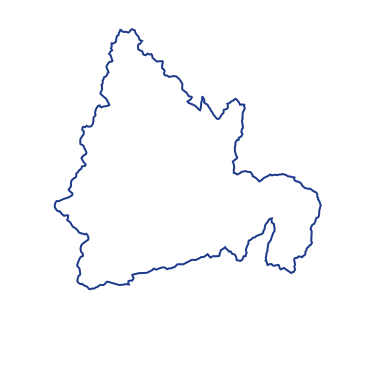 outline of Ambo, Huánuco, Peru, rotated 202°
{"feature_id": "86281439B62958263432420", "entity_name": "Ambo", "entity_type": "district", "adm_level": 2, "iso_a3": "PER", "parent_name": "Peru", "parent_adm1": "Huánuco", "projection": "albers", "projection_center": [-76.249, -10.223], "detail": "fine", "context": "isolated", "style": "outline", "palette": "blue", "viewbox_px": 384, "rotation_deg": 202, "n_neighbors": 0, "source": "geoboundaries", "source_scale": "gbopen_adm2", "svg_char_len": 6041}
<svg xmlns="http://www.w3.org/2000/svg" viewBox="0 0 384 384"><g transform="rotate(202 192 192)"><path d="M264.7,66.1L263.0,65.2L261.8,64.9L260.5,65.0L259.6,65.7L257.4,65.0L253.8,64.9L251.2,63.6L250.1,63.5L249.0,64.8L246.9,65.6L246.4,66.0L245.4,67.6L244.2,68.4L243.8,69.4L242.0,71.7L239.5,72.4L238.5,73.6L237.5,76.6L237.1,76.9L236.3,77.3L224.7,78.5L221.1,80.2L219.8,81.4L215.9,82.7L217.1,83.9L217.5,85.6L216.4,86.6L214.6,87.2L213.9,88.6L213.8,89.9L214.0,90.5L215.4,91.4L216.3,92.9L211.1,96.7L203.5,100.2L199.4,104.9L199.0,106.3L198.6,106.7L196.0,106.6L192.9,109.8L190.1,111.6L188.2,111.7L186.1,111.1L184.8,112.5L182.9,113.4L180.7,115.5L180.0,115.8L178.5,119.4L175.6,120.8L173.1,121.6L166.7,129.1L163.2,130.3L160.3,133.3L159.4,134.8L156.5,136.4L154.2,140.2L150.5,138.1L148.2,140.6L146.0,141.2L142.8,142.9L142.7,143.4L143.1,144.3L143.4,149.1L141.7,151.1L140.6,153.3L139.2,152.2L137.1,151.6L135.4,150.6L134.0,151.4L131.6,149.8L129.1,150.0L128.2,149.6L126.4,147.9L125.1,145.6L121.3,146.2L120.0,148.2L120.0,151.8L118.3,152.6L118.6,154.2L118.5,156.1L120.0,157.8L120.5,159.2L120.6,162.2L120.4,165.1L121.1,167.1L121.1,168.3L119.9,169.2L118.3,172.4L116.6,173.6L115.9,175.2L111.1,179.8L110.8,181.2L111.2,182.6L110.8,184.4L111.7,188.6L111.3,190.8L110.6,192.2L110.7,193.0L110.1,195.8L109.7,196.4L108.0,197.4L107.9,196.0L106.8,194.0L105.6,193.3L103.8,192.9L103.3,191.3L101.8,189.6L101.4,187.8L100.9,187.1L101.4,183.8L101.0,176.9L102.0,172.9L100.4,166.5L100.0,166.1L99.9,162.4L99.2,160.6L99.1,159.1L98.1,156.9L98.1,156.0L97.2,155.9L94.7,152.6L92.6,154.5L91.2,154.9L89.5,154.2L88.6,154.2L84.8,156.7L83.8,156.5L82.3,154.4L80.9,153.5L79.9,154.1L79.2,155.3L78.2,156.0L70.0,154.1L69.3,154.3L68.7,155.5L67.7,156.1L67.4,158.8L69.2,161.1L69.2,163.4L71.7,167.0L72.1,168.5L71.4,169.5L69.5,170.6L69.5,171.6L69.0,172.2L67.8,172.6L65.4,172.8L65.1,174.1L63.8,175.9L63.7,176.9L64.5,179.4L64.1,180.8L64.5,182.7L63.6,184.4L62.9,186.7L62.1,187.2L61.7,189.9L63.1,191.2L66.3,200.4L68.2,202.1L68.4,205.8L67.9,207.0L66.9,208.1L66.6,211.2L67.0,212.9L66.8,214.8L65.7,215.6L65.4,216.4L65.5,218.2L67.0,222.3L67.7,228.0L70.8,231.5L72.3,232.3L72.7,233.6L74.0,234.3L74.9,236.5L76.3,238.0L80.3,238.4L83.5,239.3L85.7,238.5L89.0,238.0L92.0,239.1L94.1,240.8L96.0,241.4L96.6,241.1L98.0,241.4L99.3,240.9L101.2,241.3L101.8,241.7L102.5,243.1L102.4,243.8L103.9,243.6L104.3,243.3L106.0,243.3L109.1,242.5L111.5,243.1L112.4,242.7L114.0,242.8L114.9,242.6L115.9,241.6L118.3,240.5L119.6,239.4L121.6,239.1L124.2,237.3L125.6,237.6L126.5,237.1L126.7,236.3L130.0,232.7L130.9,231.5L131.5,229.9L133.5,227.0L137.5,228.8L140.4,229.4L140.8,229.2L142.1,229.7L142.6,230.9L145.4,232.4L147.8,231.6L150.1,231.4L151.4,230.8L153.8,229.0L153.9,228.2L156.6,225.2L159.6,225.7L160.4,225.4L161.6,228.2L161.8,230.2L163.2,232.7L165.6,235.6L163.0,240.0L163.1,241.2L164.8,242.4L167.6,246.1L169.2,250.0L169.3,251.9L170.3,254.0L169.7,257.1L168.4,257.6L168.4,258.6L169.0,259.7L167.2,261.8L166.9,264.3L167.4,265.2L168.8,266.2L169.2,269.1L168.8,270.8L172.5,277.0L172.5,279.2L173.1,279.8L174.7,284.8L174.3,288.7L174.9,290.2L176.0,291.1L176.2,292.4L177.6,292.3L180.0,290.9L182.8,293.2L186.0,294.7L186.8,294.5L187.8,292.6L189.5,290.7L190.8,288.3L192.3,287.1L191.4,286.0L190.4,283.7L190.5,282.9L190.7,282.3L193.3,280.0L192.4,276.9L193.3,275.5L194.1,270.7L195.1,269.3L196.6,269.4L201.3,271.9L203.1,273.6L204.4,274.1L206.8,276.3L208.4,277.1L210.1,278.6L211.4,279.0L212.8,279.0L214.5,279.8L214.6,281.1L215.1,282.1L217.6,284.1L218.0,284.1L218.1,283.7L217.1,281.0L217.0,278.8L215.3,273.0L215.2,270.8L216.5,271.0L219.3,272.4L221.5,273.1L224.0,273.4L228.5,273.3L230.1,274.2L227.9,277.4L227.6,279.8L228.9,280.0L231.1,279.7L234.2,282.0L239.0,283.3L240.0,284.4L241.2,288.1L241.8,289.0L246.0,291.9L248.7,292.9L250.0,293.2L252.3,292.7L256.4,290.1L258.5,290.7L260.0,290.1L261.3,290.3L262.4,291.4L262.7,293.9L264.3,295.3L265.7,295.4L266.3,295.9L267.4,299.2L267.6,301.5L268.1,302.1L268.5,302.2L273.7,299.8L278.9,301.7L280.3,304.0L281.4,304.6L282.7,303.6L285.1,303.7L286.1,301.5L287.3,301.3L288.6,301.3L290.6,303.6L291.3,303.9L294.9,303.9L295.8,305.0L297.0,307.5L296.7,309.2L295.7,309.9L294.9,313.4L296.9,313.3L297.9,313.6L299.7,315.9L302.8,317.5L304.4,318.8L305.6,320.4L308.3,320.5L309.3,319.9L309.9,317.2L310.8,315.9L312.9,315.9L315.3,314.8L316.7,314.9L317.9,315.5L319.2,315.5L319.0,314.1L319.4,312.1L318.9,309.8L319.8,308.9L320.0,307.7L318.9,302.6L320.5,300.3L322.3,299.6L321.0,296.9L320.8,294.7L319.1,293.4L320.2,291.9L320.6,289.0L318.7,288.3L314.8,283.6L315.4,282.7L316.3,282.4L317.6,281.0L318.4,277.3L318.2,276.1L317.4,274.9L314.2,271.8L314.9,270.3L314.6,269.2L314.9,267.2L316.5,265.5L316.3,263.4L316.6,261.9L315.6,259.4L315.6,257.9L316.0,257.2L315.0,256.2L313.8,253.3L314.0,249.2L313.1,248.5L306.4,246.2L302.0,242.6L301.2,241.5L304.0,239.3L306.3,238.0L307.6,236.6L309.2,236.7L309.9,237.7L310.7,237.3L311.5,236.3L312.1,232.8L311.6,229.2L310.2,227.0L311.2,224.0L310.0,220.9L309.5,218.3L309.7,216.3L310.2,215.1L310.9,214.5L312.9,213.7L314.6,213.9L315.4,212.1L317.4,211.6L317.6,210.6L317.4,209.5L317.0,208.6L316.1,208.1L315.2,207.9L314.3,205.8L314.2,204.1L314.7,202.8L315.3,199.1L313.6,194.8L312.8,194.5L310.9,194.5L309.5,193.9L308.1,192.1L307.1,191.5L304.7,189.1L304.5,187.5L306.4,185.0L307.2,182.0L304.1,179.4L301.1,177.8L300.7,177.0L300.8,176.4L303.6,174.4L303.4,171.9L304.7,170.2L305.1,168.1L306.2,165.7L305.1,162.8L305.5,161.8L307.2,159.6L308.0,157.4L307.5,154.6L306.3,152.2L307.3,147.9L305.8,147.0L302.5,146.0L301.9,144.9L302.1,143.7L304.7,140.5L308.6,137.3L311.9,133.7L314.1,132.9L314.6,131.2L314.5,129.1L313.5,126.4L310.6,124.4L308.4,124.0L307.5,124.6L304.7,123.0L302.1,122.0L301.5,122.1L300.2,123.2L298.0,123.8L297.2,121.3L297.3,119.3L293.6,118.3L289.6,115.2L286.9,114.8L284.5,114.0L281.2,112.0L275.6,112.6L274.5,113.6L272.9,113.0L271.1,111.1L270.4,109.6L270.4,108.9L274.1,103.0L274.7,100.8L274.6,99.8L274.1,97.6L272.5,95.1L270.6,94.2L269.4,92.8L269.2,91.7L270.6,90.4L271.1,89.2L271.3,84.5L271.1,81.1L270.4,80.3L267.6,78.8L265.0,74.4L264.9,73.0L265.8,71.4L265.3,67.6L264.7,66.1Z" fill="none" stroke="#1e3a8a" stroke-width="2"/></g></svg>